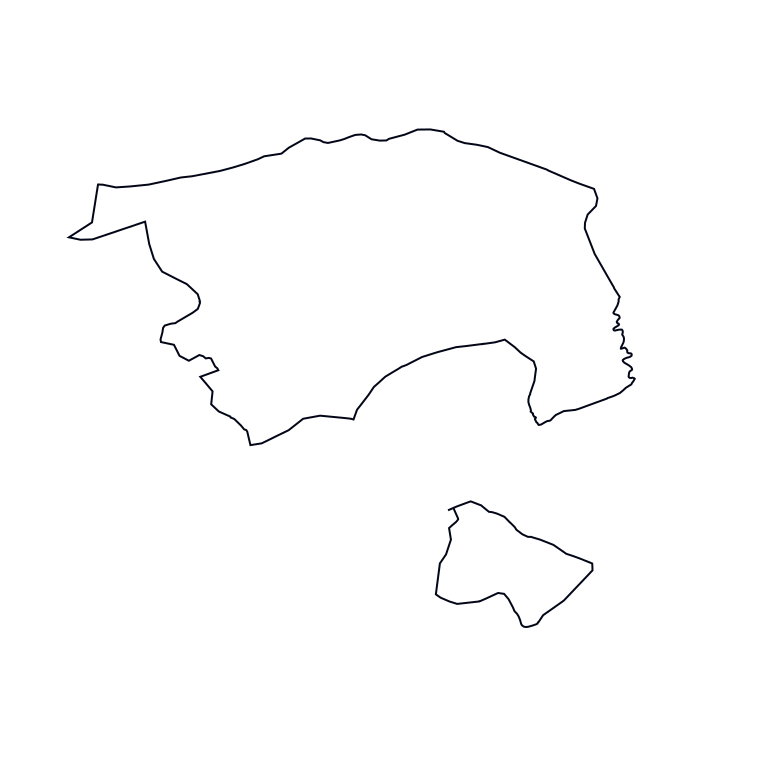 Mudhaykhirah, Ibb, Yemen (Natural Earth projection), rotated 253°
{"feature_id": "15242507B26133929095382", "entity_name": "Mudhaykhirah", "entity_type": "district", "adm_level": 2, "iso_a3": "YEM", "parent_name": "Yemen", "parent_adm1": "Ibb", "projection": "natural_earth1", "projection_center": [43.933, 13.859], "detail": "fine", "context": "isolated", "style": "outline", "palette": "ink", "viewbox_px": 768, "rotation_deg": 253, "n_neighbors": 0, "source": "geoboundaries", "source_scale": "gbopen_adm2", "svg_char_len": 4895}
<svg xmlns="http://www.w3.org/2000/svg" viewBox="0 0 768 768"><g transform="rotate(253 384 384)"><path d="M359.0,344.5L367.3,350.7L370.2,354.9L378.3,366.3L384.1,373.4L387.3,380.4L388.6,383.1L390.6,387.3L393.5,398.8L394.2,401.8L395.4,406.1L395.4,407.2L395.6,410.9L396.0,413.1L396.3,414.7L397.3,420.5L398.6,427.7L398.7,428.3L398.7,428.6L398.7,430.0L398.8,441.1L398.8,444.9L398.4,456.3L398.2,463.2L398.1,464.1L397.7,466.2L396.3,473.5L393.4,490.5L393.3,490.4L391.4,502.3L391.1,512.5L381.0,519.8L374.1,523.8L370.3,526.7L361.8,533.8L354.2,533.9L347.7,530.9L342.8,528.7L332.1,520.9L331.5,520.8L329.9,519.2L327.0,517.6L324.4,516.8L321.2,516.7L319.3,516.9L317.5,516.9L315.8,516.8L314.7,516.2L312.2,517.8L311.2,517.5L310.3,517.6L310.0,517.8L309.2,517.9L308.8,518.1L308.4,518.7L307.6,519.4L307.0,519.1L306.5,518.1L305.6,518.1L304.2,518.4L302.8,518.6L301.7,519.4L300.4,519.6L299.6,520.0L299.3,522.2L299.9,524.9L300.5,527.3L300.8,529.5L300.5,531.3L300.5,532.5L302.5,536.0L304.1,539.1L305.5,548.1L303.3,559.4L303.3,563.4L304.9,593.1L305.2,593.7L305.2,595.2L305.4,600.4L306.4,606.9L307.7,610.1L309.7,614.3L311.3,620.4L312.6,621.6L313.5,623.0L315.7,625.3L316.4,624.9L317.4,623.5L317.5,621.9L318.0,620.8L318.8,620.2L319.7,620.1L321.6,621.0L322.4,621.3L323.0,621.7L323.7,622.1L324.2,622.8L324.6,623.7L324.8,624.9L325.4,625.5L326.1,625.6L327.0,625.5L328.0,625.2L329.0,624.5L330.2,623.6L331.2,622.8L332.3,621.7L333.7,620.4L335.1,619.5L336.1,619.2L336.9,619.2L337.2,619.7L337.6,620.4L337.8,621.3L338.0,622.7L338.1,624.1L338.0,625.6L338.0,627.0L338.3,627.8L338.5,628.8L339.6,629.5L340.2,629.5L340.8,629.3L341.4,628.5L341.7,627.4L342.3,626.5L342.9,626.0L343.6,626.0L344.4,626.3L345.3,626.4L346.4,626.0L347.2,625.7L347.8,625.3L348.4,624.8L348.4,621.0L348.9,620.9L349.6,621.4L350.4,621.9L351.0,622.7L352.1,623.6L353.4,624.9L355.0,625.9L356.7,626.6L358.1,626.9L359.3,626.9L360.1,626.7L360.8,626.4L361.5,626.3L362.2,626.5L362.9,627.1L364.0,627.6L364.9,627.7L365.7,627.7L366.5,627.3L366.9,626.0L367.3,624.3L367.5,621.8L367.5,620.6L368.2,619.5L369.2,619.4L369.8,619.7L370.3,620.8L370.7,622.1L371.0,623.5L371.5,625.2L372.0,626.1L372.7,626.1L373.3,625.9L373.9,625.0L374.9,624.7L375.5,624.8L376.0,625.4L376.7,626.1L377.5,627.3L378.0,628.4L378.7,628.8L379.9,628.8L380.9,628.5L381.4,627.9L382.1,627.0L383.1,625.3L384.4,624.2L385.2,624.3L390.8,630.1L394.1,632.4L396.5,633.2L398.3,634.9L400.3,634.3L408.0,632.1L409.2,632.1L413.4,631.1L428.3,627.7L446.8,623.5L472.5,621.6L474.0,621.5L479.3,623.3L486.5,628.3L492.3,638.8L499.1,642.4L509.2,641.9L518.4,629.5L524.2,622.2L539.9,603.8L541.5,602.3L571.3,562.4L580.2,552.6L585.5,543.0L590.8,531.6L595.1,525.4L603.1,518.3L606.2,515.5L607.7,515.1L613.9,502.7L617.5,490.4L616.4,476.6L617.0,460.5L616.2,457.5L618.0,451.1L621.7,443.6L627.4,438.7L629.3,435.1L630.6,429.3L630.3,422.3L629.9,417.5L629.9,412.8L630.9,400.9L633.0,396.8L635.6,394.3L640.1,386.1L641.8,380.3L640.0,372.2L637.8,362.1L634.3,353.3L634.4,352.4L636.8,335.9L635.8,329.0L635.2,315.4L635.2,303.1L635.7,289.5L638.8,261.1L640.9,250.0L641.9,235.8L643.5,217.2L647.2,198.7L650.4,185.1L656.8,173.4L658.4,168.9L657.9,168.6L623.9,152.0L616.4,125.6L610.7,135.9L607.5,147.5L609.1,203.0L586.5,200.4L570.9,200.5L556.3,204.7L550.4,210.8L547.1,214.2L542.8,218.7L537.1,224.7L524.3,232.1L517.0,232.2L516.7,231.7L515.4,231.8L511.9,229.2L510.2,227.8L508.1,221.9L504.0,204.7L503.2,202.3L504.0,197.6L504.0,191.4L502.3,189.2L498.0,187.1L491.9,183.3L489.3,183.0L482.9,194.6L470.7,196.7L463.3,204.2L465.7,215.9L463.4,219.2L460.6,221.0L460.1,224.3L458.9,226.1L450.1,227.6L447.7,229.2L445.6,229.6L444.6,210.4L436.6,213.9L427.1,217.9L425.4,217.2L415.1,212.8L406.0,218.0L399.4,225.6L397.8,227.5L396.9,227.5L394.3,230.6L386.1,235.1L381.5,237.0L380.2,238.8L378.5,239.3L364.6,238.4L363.0,249.7L365.8,267.0L367.7,279.3L374.4,296.5L372.4,313.6L363.3,335.6L360.6,341.9L359.0,344.5ZM167.7,372.1L163.2,375.6L162.9,375.9L156.8,383.1L152.3,389.7L148.4,410.4L148.4,411.7L148.2,411.8L149.0,418.9L150.8,432.0L148.2,437.5L141.9,440.2L133.1,441.9L128.6,442.4L125.4,444.0L122.4,444.8L118.8,445.1L116.3,445.1L114.7,445.0L113.1,445.3L111.2,446.6L110.2,448.4L109.7,450.7L109.6,453.2L109.6,456.3L109.7,459.0L110.0,460.7L111.0,461.5L111.0,462.0L116.4,468.6L122.0,485.7L124.3,492.6L128.3,499.7L131.3,505.0L133.0,508.0L142.2,524.3L142.9,525.5L143.1,525.8L144.8,528.9L149.6,530.2L151.5,530.6L160.3,519.7L164.2,514.5L168.3,508.7L177.7,501.3L180.6,499.0L184.6,494.0L185.0,493.5L186.5,491.6L186.8,491.2L189.6,487.7L190.5,486.3L191.1,485.5L191.5,484.8L194.8,479.9L195.7,477.0L199.8,472.4L205.9,468.0L208.9,467.2L212.7,465.2L216.2,463.2L221.7,460.4L227.0,454.2L229.8,450.0L231.1,447.0L235.4,444.1L236.0,443.7L239.7,441.3L240.2,440.5L246.4,432.6L246.2,428.1L246.1,426.6L245.6,417.8L245.1,413.6L244.5,408.3L245.2,414.1L233.8,415.5L232.8,415.3L231.1,412.8L228.9,407.7L227.2,404.1L215.6,402.5L202.9,393.5L196.1,385.0L167.7,372.1Z" fill="none" stroke="#020617" stroke-width="2"/></g></svg>